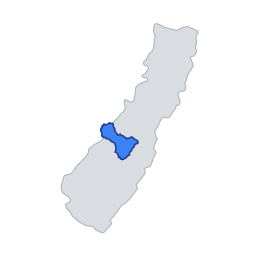 location of Dhawalagiri within Nepal, rotated 276°
{"feature_id": "NPL-1125", "entity_name": "Dhawalagiri", "entity_type": "Administrative Zone", "adm_level": 1, "iso_a3": "NPL", "parent_name": "Nepal", "parent_adm1": "", "projection": "mercator", "projection_center": [83.63, 28.648], "detail": "fine", "context": "in_parent", "style": "filled", "palette": "blue", "viewbox_px": 256, "rotation_deg": 276, "n_neighbors": 0, "source": "natural_earth", "source_scale": "10m", "svg_char_len": 4841}
<svg xmlns="http://www.w3.org/2000/svg" viewBox="0 0 256 256"><g transform="rotate(276 128 128)"><path d="M233.6,143.6L234.6,144.4L234.7,145.8L234.5,147.2L233.4,150.4L232.4,152.7L231.3,157.4L230.2,165.5L230.5,166.9L233.6,171.6L234.8,175.2L234.9,177.6L233.6,181.7L232.1,186.3L231.4,187.3L230.5,187.7L226.7,186.1L224.0,186.3L221.0,187.2L217.8,187.0L215.2,186.5L211.9,188.4L208.7,187.4L206.7,186.2L205.3,183.0L204.7,182.6L198.0,186.0L196.4,186.2L192.3,184.4L188.9,182.6L187.6,182.1L184.3,181.4L181.3,181.0L178.1,179.8L174.1,181.3L172.5,181.2L171.0,180.1L170.2,178.0L170.0,175.9L168.7,174.5L166.5,174.2L163.6,175.5L159.3,177.1L157.9,176.9L156.6,176.4L156.1,175.9L155.6,174.0L154.9,173.6L153.9,173.5L152.1,173.1L149.9,171.6L143.3,168.3L142.4,166.8L142.5,163.5L142.1,162.1L141.3,160.6L137.9,159.2L131.2,156.8L127.6,154.9L125.8,155.8L122.5,156.6L120.7,158.3L118.5,157.7L113.4,156.0L110.6,155.7L108.9,156.3L108.6,157.3L106.5,158.5L104.5,157.6L100.5,156.3L97.1,155.6L91.8,154.1L91.2,151.8L90.3,149.5L89.1,149.1L84.4,149.5L80.0,147.0L75.4,143.8L73.4,142.7L72.1,142.3L71.0,142.8L69.7,143.5L68.6,143.7L66.1,142.3L62.8,140.3L58.9,137.9L54.3,134.5L52.4,132.6L51.5,131.1L50.5,129.7L46.5,127.5L43.3,125.7L39.5,123.6L38.9,123.2L37.4,121.9L35.2,120.3L33.4,119.8L32.8,120.7L32.4,121.6L30.8,121.4L28.3,119.8L25.7,118.1L23.7,116.5L21.6,114.9L21.1,113.7L22.0,109.9L23.2,106.7L24.2,106.0L25.9,103.9L26.5,100.2L26.4,97.0L28.1,92.5L30.3,87.7L34.2,82.5L35.9,80.8L37.8,79.6L41.3,75.8L42.1,75.2L43.7,74.2L45.2,74.0L46.4,74.4L47.6,76.4L49.0,78.3L50.8,78.2L52.8,76.6L57.1,69.2L63.0,67.6L68.6,68.4L73.6,69.5L75.1,72.0L76.0,74.6L76.6,76.0L78.3,77.5L85.3,81.2L89.4,84.6L95.0,89.1L99.2,91.1L102.9,91.2L105.0,93.0L108.2,96.5L110.9,100.5L114.2,104.2L116.5,104.1L119.7,102.9L123.5,101.3L125.8,102.1L127.9,103.1L128.6,105.0L129.8,108.7L131.2,112.4L133.4,113.7L136.0,115.7L137.5,117.2L142.3,120.0L143.0,121.1L144.0,121.9L145.2,122.4L146.2,123.0L147.7,123.2L153.4,121.5L154.9,121.7L155.8,122.0L155.8,122.6L154.8,125.3L153.9,128.6L154.8,130.3L157.1,131.0L162.4,131.5L169.4,131.5L171.6,133.2L173.7,135.7L175.9,140.1L176.7,141.9L177.8,142.4L179.6,141.7L179.9,139.9L180.0,137.3L181.5,136.3L182.5,137.0L183.7,139.1L186.6,141.0L188.7,141.9L190.7,141.6L191.6,140.8L192.5,137.2L194.1,136.7L196.1,136.9L196.9,137.6L197.7,139.1L200.1,139.8L202.5,140.7L204.8,141.9L208.0,144.6L212.0,145.1L216.5,145.0L218.9,145.1L220.7,145.3L222.3,145.1L227.0,143.2L228.9,143.0L231.3,143.2L233.6,143.6Z" fill="#d9dde1" stroke="#a8b0b8" stroke-width="1"/><path d="M123.8,100.9L124.1,101.0L124.3,101.2L124.5,101.4L124.6,101.8L124.9,101.6L125.2,101.5L125.5,101.6L125.8,101.9L126.1,102.3L126.6,102.2L127.1,102.0L127.6,102.0L127.8,102.3L128.0,103.1L128.2,103.4L128.5,103.5L128.9,103.5L129.3,103.5L129.5,103.9L129.3,104.4L128.9,104.9L128.7,105.4L128.8,106.0L129.4,106.6L129.6,106.8L129.7,107.1L129.8,108.0L130.4,108.4L131.0,108.6L131.3,109.0L130.6,111.5L131.1,112.3L130.9,112.5L130.1,112.6L129.4,113.1L129.0,113.2L127.9,113.4L127.5,113.5L127.2,113.7L127.0,114.0L126.4,114.5L125.7,115.0L125.2,115.1L124.8,115.2L124.3,115.1L123.8,115.1L123.4,115.2L123.2,115.5L122.9,116.0L122.6,116.3L120.9,117.8L120.3,118.1L119.9,118.4L119.7,118.6L119.8,119.0L120.9,120.3L121.0,120.6L121.1,121.0L120.0,122.0L119.9,122.3L119.7,122.7L119.8,123.4L119.7,123.9L119.5,124.3L119.2,124.7L119.1,124.8L118.6,125.5L118.4,125.9L118.0,127.2L117.8,127.5L117.6,127.6L117.1,127.9L117.7,128.9L118.0,130.0L118.1,130.3L118.4,130.7L118.7,131.2L118.8,131.5L119.3,131.9L119.4,132.2L119.4,132.9L119.0,133.9L118.7,134.1L118.4,134.5L118.0,135.1L117.5,135.8L117.4,136.0L117.2,136.7L116.5,138.4L116.2,138.9L115.9,139.2L114.4,139.6L114.0,138.9L113.8,138.8L113.6,138.8L113.4,138.7L113.3,138.4L113.2,138.1L113.3,137.9L113.3,137.7L113.1,137.5L111.9,136.5L111.6,136.3L111.3,136.1L110.7,136.0L110.0,136.0L109.6,135.9L109.2,135.6L109.0,135.3L108.8,135.0L108.5,134.8L108.2,134.5L107.6,134.2L107.3,134.1L106.6,134.1L106.2,134.0L105.7,133.7L104.2,132.4L103.7,132.2L103.2,132.0L101.2,132.4L101.0,131.6L100.7,131.1L100.1,130.6L97.7,128.7L97.4,127.8L97.2,127.6L96.9,127.3L96.6,127.0L96.3,126.3L96.1,126.1L95.9,125.8L96.5,124.8L96.2,124.5L96.2,124.3L96.4,124.0L96.8,123.5L97.2,123.4L97.6,123.3L97.8,123.3L98.0,123.2L98.2,122.9L98.2,122.7L97.8,122.1L97.7,121.9L98.0,121.7L98.6,121.4L100.0,121.0L101.4,120.3L102.3,119.1L102.6,118.5L102.7,117.7L103.5,117.8L104.2,118.0L104.6,118.1L105.2,118.1L106.1,118.2L106.5,118.2L107.8,117.9L108.4,117.7L109.0,117.4L111.3,116.5L111.7,116.0L112.6,113.5L113.0,112.6L114.5,110.8L114.7,110.6L114.9,110.3L115.0,109.8L115.2,107.5L115.4,107.1L115.6,106.8L115.9,106.5L116.2,106.2L116.3,106.0L116.1,104.9L116.3,104.5L116.4,104.0L116.6,103.5L117.2,102.9L117.8,102.7L118.5,102.7L119.1,102.7L119.7,102.7L120.9,102.1L121.5,101.9L122.0,101.4L122.1,101.2L122.9,101.0L123.4,100.9L123.8,100.9Z" fill="#3b82f6" stroke="#1e3a8a" stroke-width="1.5"/></g></svg>